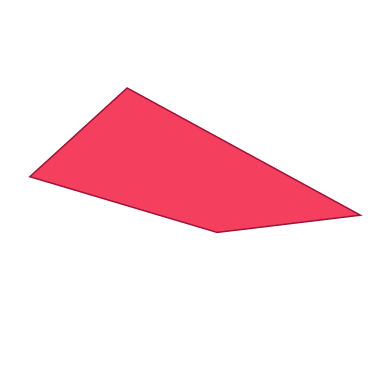 the border of Rakahanga, rotated 52°
{"feature_id": "COK-4960", "entity_name": "Rakahanga", "entity_type": "state/province", "adm_level": 1, "iso_a3": "COK", "parent_name": "Cook Islands", "parent_adm1": "", "projection": "mercator", "projection_center": [-161.082, -10.036], "detail": "fine", "context": "isolated", "style": "filled", "palette": "rose", "viewbox_px": 384, "rotation_deg": 52, "n_neighbors": 0, "source": "natural_earth", "source_scale": "10m", "svg_char_len": 226}
<svg xmlns="http://www.w3.org/2000/svg" viewBox="0 0 384 384"><g transform="rotate(52 192 192)"><path d="M70.1,179.1L313.9,73.6L239.3,197.1L80.1,310.4L70.1,179.1Z" fill="#f43f5e" stroke="#9f1239" stroke-width="1.5"/></g></svg>